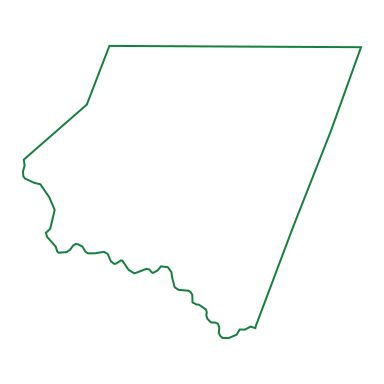 outline of Starr, Texas, United States of America
{"feature_id": "52423323B3441852728971", "entity_name": "Starr", "entity_type": "district", "adm_level": 2, "iso_a3": "USA", "parent_name": "United States of America", "parent_adm1": "Texas", "projection": "equal_earth", "projection_center": [-98.863, 26.511], "detail": "fine", "context": "isolated", "style": "outline", "palette": "green", "viewbox_px": 384, "rotation_deg": 0, "n_neighbors": 0, "source": "geoboundaries", "source_scale": "gbopen_adm2", "svg_char_len": 998}
<svg xmlns="http://www.w3.org/2000/svg" viewBox="0 0 384 384"><path d="M23.8,159.6L24.6,165.8L23.0,171.2L23.3,176.2L24.9,178.5L34.1,182.8L40.4,184.3L49.4,197.5L54.7,209.9L50.2,228.8L45.9,232.8L47.1,236.9L55.6,246.5L57.3,251.5L58.5,252.7L66.4,252.2L70.0,249.8L73.1,245.6L75.6,244.0L78.3,244.4L82.4,246.6L85.3,251.5L87.9,253.3L95.0,253.3L104.0,251.8L107.7,254.0L110.9,261.3L114.2,263.9L116.0,263.6L121.0,260.4L122.4,260.7L128.7,270.0L134.5,273.4L146.3,268.9L149.4,269.5L151.7,272.3L153.1,272.9L157.6,270.4L160.9,266.4L167.7,267.1L171.4,272.0L172.2,277.9L174.7,287.3L178.7,289.9L188.5,290.7L190.9,292.5L192.3,294.9L192.5,302.4L196.7,304.6L198.8,304.6L206.0,309.5L206.8,312.5L206.2,315.2L207.5,318.9L210.9,322.4L215.6,322.6L218.0,323.9L219.3,327.7L218.8,333.0L220.3,336.0L222.7,338.0L228.7,338.1L236.7,334.6L239.7,329.5L244.9,329.6L250.6,326.6L255.3,328.1L256.1,325.2L293.2,226.7L330.9,131.0L361.0,47.2L320.5,47.0L109.4,45.9L86.8,104.6L23.8,159.6Z" fill="none" stroke="#15803d" stroke-width="2"/></svg>